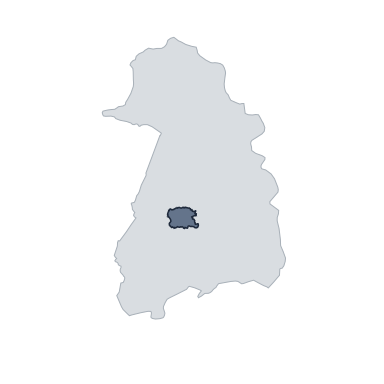 Ganzourgou, Ganzourgou, Burkina Faso shown in context, rotated 111°
{"feature_id": "67063806B50041184778807", "entity_name": "Ganzourgou", "entity_type": "district", "adm_level": 2, "iso_a3": "BFA", "parent_name": "Burkina Faso", "parent_adm1": "Ganzourgou", "projection": "robinson", "projection_center": [-0.77, 12.29], "detail": "fine", "context": "in_parent", "style": "filled", "palette": "slate", "viewbox_px": 384, "rotation_deg": 111, "n_neighbors": 0, "source": "geoboundaries", "source_scale": "gbopen_adm2", "svg_char_len": 7505}
<svg xmlns="http://www.w3.org/2000/svg" viewBox="0 0 384 384"><g transform="rotate(111 192 192)"><path d="M278.1,241.9L269.2,242.3L265.9,243.4L263.9,243.4L263.8,242.5L263.6,242.0L252.3,238.9L244.3,237.1L236.3,235.0L235.8,236.9L234.7,238.2L232.9,238.3L231.7,238.0L230.9,239.4L229.6,241.4L227.7,242.3L225.9,243.5L224.9,244.5L224.1,244.6L222.3,242.1L219.8,241.9L215.3,242.3L213.2,241.6L210.4,241.3L203.8,241.8L193.2,240.8L191.4,241.3L191.0,241.8L180.5,241.9L168.9,242.0L159.3,242.1L150.8,242.2L150.8,241.8L148.1,241.7L147.8,242.6L145.4,252.5L145.1,257.8L146.4,261.2L147.8,263.3L149.4,264.2L149.5,265.4L148.3,266.9L148.4,268.5L149.9,270.2L150.2,271.9L149.5,273.7L149.6,278.1L150.8,284.9L150.8,289.4L149.7,291.4L150.2,294.9L152.3,299.8L152.7,301.9L151.9,302.9L150.2,304.2L148.4,304.1L146.4,301.2L145.5,299.8L143.9,296.8L142.5,293.8L140.6,292.4L138.7,291.2L136.5,287.3L134.3,285.5L132.0,286.0L128.6,285.3L121.8,284.4L114.5,284.6L111.4,285.5L108.4,286.9L100.8,290.0L97.8,291.5L95.6,295.4L93.0,295.3L90.4,294.1L88.8,292.3L85.3,292.7L82.0,291.0L78.7,287.7L76.4,286.6L73.3,284.1L72.5,279.5L70.6,276.3L68.8,271.8L66.2,269.7L63.2,268.7L59.0,268.9L56.2,267.1L54.1,264.4L54.7,262.2L55.7,258.9L55.8,255.8L56.5,250.7L56.1,244.4L55.3,240.0L57.7,238.1L60.3,236.5L62.0,233.5L63.8,226.7L64.5,220.9L64.0,218.8L63.1,217.1L62.4,214.5L62.0,211.5L62.5,208.8L64.6,206.3L67.1,204.3L68.9,203.3L73.7,202.2L79.6,200.7L83.1,199.0L85.6,197.2L87.0,195.8L88.4,193.0L90.7,190.8L92.5,188.6L92.8,182.4L92.8,178.9L91.5,177.0L90.8,175.3L99.6,170.5L99.7,167.1L98.5,163.3L96.8,160.2L96.1,157.6L98.6,154.5L100.8,152.1L102.3,150.1L105.8,147.1L109.4,146.3L112.7,147.5L122.3,154.6L124.0,155.0L126.0,154.5L128.6,152.6L131.9,151.1L133.1,146.4L133.0,139.4L133.7,136.2L135.5,135.6L141.0,136.9L142.5,137.0L144.1,136.5L145.3,135.3L145.2,133.1L145.0,131.1L146.8,124.6L150.1,119.7L156.8,113.6L158.9,112.3L161.3,111.7L173.2,115.9L175.2,114.9L178.1,104.5L181.4,103.5L185.2,103.3L187.8,102.4L189.1,101.7L194.8,97.7L204.8,92.4L210.2,90.1L211.2,89.2L215.1,85.4L220.2,81.0L223.5,80.1L228.0,79.8L230.8,80.5L231.6,81.8L232.5,82.4L238.4,80.5L246.9,83.5L254.2,86.4L253.7,88.3L253.7,91.5L253.1,96.7L252.3,102.9L255.3,106.9L259.0,111.2L259.9,112.8L259.0,117.1L259.6,119.6L261.6,123.7L264.8,129.0L268.1,134.4L270.5,135.1L272.7,135.5L274.0,136.5L275.9,137.4L277.9,138.0L279.6,139.2L280.7,140.4L282.1,143.7L285.8,145.9L288.4,148.1L287.4,149.2L284.1,148.8L281.0,147.8L280.6,149.4L280.5,155.5L281.0,160.6L281.7,161.3L284.8,162.2L292.2,168.9L298.9,175.1L301.1,176.8L304.8,177.4L309.0,177.6L310.8,177.1L314.8,173.9L316.9,173.5L318.8,173.6L319.9,174.1L321.8,176.7L323.7,180.6L324.2,183.5L324.0,185.0L323.4,185.6L320.1,186.3L318.7,186.9L318.3,187.8L318.9,189.7L319.5,190.9L323.1,196.6L328.3,204.1L329.9,206.1L329.0,208.3L326.4,214.2L324.4,216.7L315.7,225.1L311.5,224.1L302.5,225.8L301.1,223.8L299.0,223.6L296.4,223.9L295.5,224.6L295.2,225.5L294.3,226.6L292.6,229.9L291.4,230.8L289.8,231.3L287.8,231.2L286.7,231.7L286.7,233.3L286.3,234.7L285.0,235.5L284.4,237.1L284.5,238.6L283.8,239.4L282.1,239.0L281.1,238.5L280.1,240.6L279.0,241.9L278.1,241.9Z" fill="#d9dde1" stroke="#a8b0b8" stroke-width="1"/><path d="M224.7,180.5L224.5,180.4L224.4,180.4L224.3,180.2L224.2,180.0L224.1,179.6L224.0,179.2L224.0,178.9L223.9,178.7L223.8,178.2L223.9,177.9L223.9,177.4L223.9,177.2L224.1,176.9L224.3,176.4L224.2,176.1L224.1,175.9L224.1,175.7L224.0,175.4L223.9,175.1L223.8,174.9L223.4,174.7L223.2,174.6L223.1,174.3L223.1,174.2L222.9,174.1L222.1,174.0L221.7,174.1L221.2,174.0L220.9,174.1L220.4,174.3L220.2,174.5L219.9,174.6L219.7,174.7L219.6,174.8L219.5,175.0L219.6,175.3L219.7,175.6L219.9,175.8L220.2,176.0L220.8,177.1L220.7,177.3L220.8,177.4L220.4,177.7L220.2,177.9L219.8,177.9L219.6,178.0L219.5,178.3L219.5,178.5L219.4,178.6L219.1,178.8L218.7,179.0L218.2,179.1L217.9,179.2L217.6,179.3L217.5,179.5L217.4,179.8L217.2,180.0L216.9,180.2L217.0,180.4L217.0,180.8L217.0,181.1L217.0,181.8L216.9,181.9L216.7,182.0L216.3,181.9L216.3,182.2L216.2,182.3L215.7,182.2L215.6,182.3L215.5,182.5L215.4,182.6L215.5,183.0L215.5,183.3L215.4,183.4L215.2,183.3L215.0,183.0L214.8,182.8L214.4,182.4L214.1,182.2L213.8,181.9L213.6,181.7L213.2,181.3L213.2,180.7L213.0,180.4L212.5,180.5L212.4,180.5L212.3,180.4L212.3,180.1L212.2,180.2L212.0,180.3L211.9,180.4L211.9,179.9L210.8,180.2L210.8,180.3L211.1,180.7L211.2,181.0L211.2,181.3L211.0,181.6L210.8,181.7L210.6,181.7L209.7,181.7L209.3,181.7L209.2,181.8L208.9,181.7L208.7,181.7L208.4,181.7L208.3,181.9L208.3,182.0L208.6,182.3L208.8,182.4L209.0,182.4L209.2,182.6L209.3,182.9L209.6,183.2L209.7,183.3L209.6,183.7L209.5,183.8L209.9,184.6L209.8,184.8L209.7,184.9L209.4,185.0L209.0,185.4L208.7,185.6L208.9,185.8L208.9,186.1L209.0,186.1L208.9,186.4L209.1,186.8L209.1,187.0L208.8,187.1L208.6,187.2L208.3,187.3L208.2,187.4L208.2,187.6L208.2,187.8L208.2,188.3L208.0,188.6L207.9,188.9L208.0,189.1L208.2,189.3L208.3,189.6L208.4,189.8L208.4,190.1L208.4,190.4L208.4,190.5L208.4,190.9L208.5,190.9L208.6,191.1L208.5,191.8L208.6,192.0L208.8,192.4L208.8,192.5L208.6,192.7L208.6,192.8L208.7,193.0L209.0,193.0L209.4,193.1L209.5,193.3L209.4,193.6L209.4,193.8L209.7,194.0L209.6,194.3L209.4,194.6L209.4,194.8L209.7,195.2L209.9,195.3L210.1,195.4L210.6,195.8L210.8,196.2L210.8,196.5L210.9,196.8L211.0,196.8L211.0,197.0L211.1,197.4L211.1,197.5L211.0,197.8L210.9,198.3L211.0,198.5L211.4,198.8L211.4,199.0L211.5,199.2L211.5,199.3L211.9,199.5L212.1,199.7L212.1,199.9L212.3,200.0L212.2,200.2L212.3,200.2L212.3,200.3L212.5,200.5L212.6,200.9L212.7,201.0L212.8,201.3L213.1,201.5L213.4,201.7L213.7,201.8L213.8,202.0L214.0,202.3L214.3,202.5L214.5,202.6L214.8,202.6L215.0,202.9L215.0,203.1L215.0,203.3L215.4,203.5L215.5,203.6L215.6,203.8L215.7,204.0L215.8,204.3L215.7,204.5L215.8,204.7L215.9,204.8L215.8,205.0L215.7,205.3L215.8,205.3L215.7,205.8L215.6,206.0L215.9,206.3L216.2,206.7L216.3,206.7L216.5,206.7L216.6,206.8L217.0,206.8L217.0,206.7L217.3,206.5L217.5,206.5L217.9,206.8L217.9,207.0L218.1,206.9L218.5,206.9L218.9,207.0L219.6,207.0L221.0,206.9L221.3,206.9L221.6,206.7L221.8,206.3L222.0,206.3L222.3,206.5L222.5,206.3L222.6,206.2L222.8,205.9L223.1,205.7L223.2,205.4L223.3,205.4L223.5,205.3L223.6,205.2L223.7,205.3L223.7,205.1L223.8,205.1L223.8,204.9L223.8,204.6L223.9,204.4L223.9,204.2L224.1,204.0L224.2,203.8L224.4,203.5L224.7,203.0L225.0,202.6L225.2,202.4L225.4,202.2L225.6,202.1L225.7,201.9L226.1,201.7L226.5,201.4L227.1,201.2L227.4,201.3L227.8,201.4L228.2,201.5L228.4,201.7L229.2,201.9L229.6,201.9L229.8,201.7L230.0,201.7L230.3,201.6L230.5,201.4L230.9,201.3L230.9,201.1L231.0,201.0L231.1,200.8L231.3,200.6L231.5,200.4L231.7,200.1L231.6,199.9L231.8,199.8L231.9,199.6L231.9,199.4L232.0,199.3L232.0,199.1L232.2,198.8L232.3,198.5L232.3,198.4L232.4,198.2L231.9,197.7L231.7,197.7L231.8,197.1L231.9,196.8L231.7,196.4L231.6,196.2L231.4,195.9L231.4,195.6L231.4,195.4L231.5,195.4L231.9,195.4L232.0,195.4L231.8,195.1L231.7,195.0L231.5,194.7L231.4,194.5L231.1,194.5L231.0,194.3L230.8,194.0L230.7,193.8L230.6,193.6L230.4,193.5L229.6,193.3L229.5,193.1L229.5,192.8L229.6,192.4L229.6,192.2L229.5,191.4L229.4,190.9L229.2,190.7L228.8,190.6L228.6,190.4L228.6,190.2L228.6,189.9L228.7,189.6L228.4,189.4L228.3,189.2L228.0,188.9L227.9,188.8L228.0,188.4L228.1,188.0L228.2,187.4L228.6,187.2L228.8,186.7L228.8,186.0L228.7,185.8L228.5,185.7L227.8,185.8L227.6,185.8L227.6,185.6L227.6,185.3L227.5,184.8L227.6,184.3L227.5,183.4L227.4,183.3L227.0,183.2L226.8,183.2L226.4,183.3L225.6,183.4L225.3,183.3L225.2,183.3L224.9,182.9L224.7,182.6L224.7,181.4L224.7,181.0L224.7,180.5Z" fill="#64748b" stroke="#1e293b" stroke-width="1.5"/></g></svg>